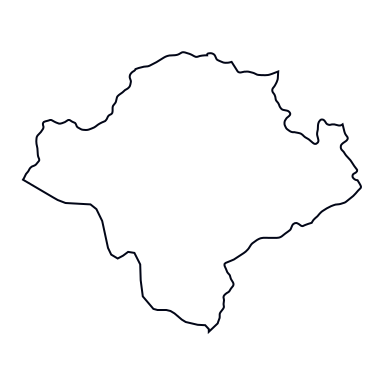 Toplicki, Mercator projection
{"feature_id": "SRB-835", "entity_name": "Toplicki", "entity_type": "District", "adm_level": 1, "iso_a3": "SRB", "parent_name": "Republic of Serbia", "parent_adm1": "", "projection": "mercator", "projection_center": [21.443, 43.114], "detail": "fine", "context": "isolated", "style": "outline", "palette": "ink", "viewbox_px": 384, "rotation_deg": 0, "n_neighbors": 0, "source": "natural_earth", "source_scale": "10m", "svg_char_len": 5396}
<svg xmlns="http://www.w3.org/2000/svg" viewBox="0 0 384 384"><path d="M53.3,197.5L23.0,179.7L24.0,178.1L26.0,174.0L28.2,171.4L29.8,168.5L30.6,167.6L31.8,166.6L34.5,165.5L35.2,165.1L36.0,164.5L38.9,161.0L39.2,160.4L39.2,159.5L39.1,158.9L38.4,157.2L38.0,155.9L37.8,154.4L37.4,148.3L36.5,143.9L36.3,141.2L36.5,138.5L36.7,137.2L37.5,135.6L40.9,132.0L43.0,128.9L43.4,127.8L43.5,126.8L43.0,125.0L42.9,123.7L43.2,122.8L43.8,122.0L45.2,121.4L48.3,120.6L50.0,120.0L51.1,120.0L51.7,120.2L54.6,121.8L56.3,122.6L59.0,123.6L60.3,123.6L62.0,123.2L64.9,122.1L67.8,120.2L68.4,120.0L69.3,120.0L69.9,120.2L72.2,121.7L74.5,122.7L75.1,123.0L75.5,123.5L75.9,124.2L76.8,126.4L77.5,127.2L78.1,127.6L80.6,129.0L81.6,129.5L83.0,129.8L85.9,130.0L87.3,129.9L88.7,129.6L91.4,128.6L94.0,127.5L95.6,126.5L97.8,124.8L99.5,123.7L101.8,122.5L104.6,121.3L105.2,121.0L106.0,120.1L106.8,119.0L107.8,116.8L108.4,115.9L109.3,115.1L111.1,114.2L111.8,113.6L112.3,112.8L112.5,111.8L112.6,110.8L112.6,107.8L112.7,107.0L112.9,106.2L113.2,105.6L115.3,102.9L115.8,102.0L116.1,100.9L116.9,97.6L117.2,96.8L117.7,96.1L119.0,94.9L122.5,92.4L125.0,90.1L127.6,88.6L128.4,87.9L129.1,87.2L129.7,86.4L130.1,85.3L130.4,84.3L130.9,81.7L130.8,80.7L129.8,77.8L129.7,76.8L129.8,75.9L130.0,75.0L130.6,73.9L131.5,72.8L132.5,71.9L134.1,70.9L135.0,70.1L135.4,69.5L135.5,69.1L138.7,68.0L143.9,66.7L147.9,66.3L149.4,65.8L156.4,62.2L164.0,57.5L165.5,56.7L167.3,56.0L169.4,55.5L175.0,55.2L176.3,55.0L177.6,54.7L179.0,54.1L181.4,52.7L182.0,52.4L183.0,52.2L184.0,52.3L184.8,52.4L189.6,53.9L191.5,54.7L194.4,56.3L195.9,56.9L196.7,56.9L197.7,56.7L199.8,56.0L202.1,55.6L205.3,55.3L207.1,55.3L207.0,54.8L207.2,54.2L208.0,53.5L209.1,53.3L210.3,53.2L211.5,53.3L212.5,53.6L213.3,54.0L214.3,54.7L215.0,55.7L216.3,58.6L216.7,59.3L217.1,59.7L218.3,60.4L220.6,61.4L223.3,62.5L224.4,62.7L225.6,62.8L228.1,62.7L229.3,62.5L231.6,61.9L235.3,67.7L237.5,71.2L238.3,72.0L239.3,72.4L240.6,72.5L244.3,71.7L246.7,71.6L247.9,71.6L249.1,71.8L253.0,72.8L254.1,73.2L257.0,74.6L258.3,74.9L261.0,75.1L265.2,75.2L268.0,75.0L269.4,74.7L271.9,73.9L278.2,71.5L277.8,78.4L277.6,79.6L276.6,82.3L275.3,84.8L274.4,86.3L272.9,88.2L272.5,89.0L272.3,89.8L272.3,90.8L272.5,91.6L272.9,92.4L274.3,94.3L274.7,95.1L275.3,96.8L275.7,99.3L276.0,100.2L276.5,101.0L278.1,102.9L278.9,104.4L279.7,106.5L280.1,107.2L281.1,108.6L281.7,109.1L282.4,109.6L283.3,109.9L286.8,110.6L287.8,110.9L288.5,111.3L289.1,111.8L289.8,112.6L290.2,113.5L290.2,114.2L290.0,114.9L289.1,116.0L286.7,118.0L286.0,119.0L285.0,120.6L284.7,121.4L284.5,122.5L284.5,123.6L284.6,124.7L285.2,126.2L286.1,128.0L286.6,128.7L287.4,129.4L289.2,130.7L290.3,131.4L291.4,131.9L292.8,132.2L293.6,132.2L294.0,132.1L298.7,133.0L300.2,133.4L301.1,133.8L302.5,134.8L303.8,136.1L305.1,137.2L308.7,139.3L312.7,142.7L313.5,143.3L314.4,143.8L315.5,143.9L316.1,143.8L317.0,143.2L317.5,142.8L318.0,142.2L318.3,141.5L318.4,140.8L318.4,140.1L318.0,138.3L317.3,135.7L317.1,134.6L317.1,133.5L317.2,132.4L317.8,129.5L318.0,125.3L318.2,123.9L318.6,122.6L318.9,121.9L320.1,120.3L320.9,119.7L321.6,119.5L322.3,119.5L323.4,119.8L324.3,120.5L325.1,121.5L326.1,123.1L326.7,123.8L327.4,124.3L328.8,124.8L329.8,124.9L332.0,124.4L333.1,124.4L334.3,124.4L337.9,125.3L338.8,125.5L339.7,125.5L340.6,125.4L341.6,125.0L342.6,124.3L344.4,131.6L344.9,133.1L345.5,134.4L347.4,137.0L347.7,137.9L347.7,138.8L347.4,139.4L346.8,140.3L345.9,141.1L343.0,143.1L341.7,144.3L341.2,145.0L340.9,145.7L340.8,146.8L340.8,147.8L341.1,148.8L341.6,149.7L343.7,151.9L345.3,154.4L346.2,155.6L350.4,160.2L351.3,161.5L354.3,166.1L356.8,169.4L357.1,169.9L357.1,170.6L357.0,171.2L356.4,172.0L355.9,172.5L353.7,173.8L353.2,174.2L352.7,175.0L352.5,176.0L352.6,177.0L353.2,178.0L354.2,179.0L355.1,179.6L356.1,180.0L357.0,180.2L357.5,180.2L359.5,183.5L360.6,185.5L360.9,186.4L361.0,187.0L360.6,188.1L358.1,190.6L355.7,193.4L353.2,196.0L346.0,201.8L344.7,202.6L340.6,203.9L339.3,204.2L335.5,204.6L333.6,205.2L331.0,206.2L326.7,208.4L322.3,211.2L321.3,212.0L319.7,213.6L317.4,216.3L315.2,218.2L313.5,219.9L312.3,221.7L311.7,222.8L308.2,223.9L305.2,225.0L303.6,225.7L303.0,226.0L302.3,226.1L301.8,226.0L301.2,225.8L298.7,224.0L297.1,223.2L296.4,223.0L295.5,223.1L294.8,223.2L293.4,224.0L292.8,224.6L292.4,225.2L292.0,226.0L290.8,228.9L290.4,229.6L289.8,230.2L288.4,231.3L285.2,233.6L281.8,236.3L280.8,236.9L279.9,237.3L279.0,237.6L277.5,237.8L276.0,237.9L263.5,237.8L262.0,238.0L260.5,238.3L259.0,238.9L257.3,239.8L256.4,240.4L252.4,243.3L251.5,244.2L250.8,245.1L248.7,248.4L247.8,249.5L245.7,251.6L243.7,253.1L233.9,259.5L230.6,260.9L225.7,262.9L225.1,263.4L224.6,263.9L224.5,264.5L224.5,265.3L224.8,266.4L226.0,269.0L227.2,272.0L227.8,272.9L229.5,274.8L229.9,275.5L230.7,278.3L231.1,279.3L233.0,282.4L233.4,283.4L233.5,284.4L233.3,285.4L233.0,286.0L231.1,288.4L230.5,289.3L229.5,291.0L229.0,291.6L228.4,292.1L226.7,293.1L225.4,294.1L224.4,295.1L223.8,296.0L223.6,296.7L223.5,297.4L223.9,299.4L224.0,300.4L223.6,303.6L223.6,304.5L223.9,306.6L223.8,307.5L223.2,308.7L220.6,312.1L219.9,313.3L219.7,314.3L219.7,316.9L219.6,318.0L217.9,322.6L217.7,323.4L208.8,331.8L208.8,329.1L205.2,325.2L197.7,324.8L185.7,322.0L181.8,319.6L174.5,313.4L170.5,311.0L166.3,310.0L157.5,310.0L153.4,308.9L142.8,296.4L140.7,280.3L140.2,264.4L134.4,252.9L128.1,251.9L123.0,255.7L117.7,258.5L111.2,254.6L108.0,247.9L102.2,221.0L96.4,209.1L90.5,204.4L65.5,203.0L57.7,200.0L53.3,197.5Z" fill="none" stroke="#020617" stroke-width="2"/></svg>